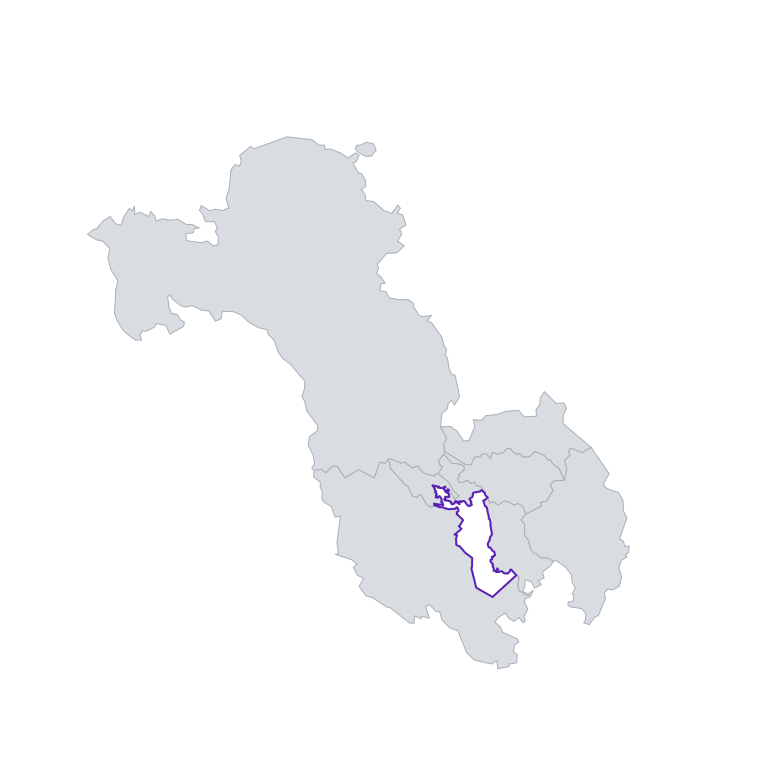 Uzbekistan and the surrounding countries, rotated 225°
{"feature_id": "UZB", "entity_name": "Uzbekistan", "entity_type": "country or territory", "adm_level": 0, "iso_a3": "UZB", "parent_name": "Asia", "parent_adm1": "", "projection": "robinson", "projection_center": [66.075, 41.364], "detail": "fine", "context": "with_neighbors", "style": "outline", "palette": "violet", "viewbox_px": 768, "rotation_deg": 225, "n_neighbors": 8, "source": "natural_earth", "source_scale": "50m", "svg_char_len": 13884}
<svg xmlns="http://www.w3.org/2000/svg" viewBox="0 0 768 768"><g transform="rotate(225 384 384)"><path d="M372.4,273.8L367.8,279.5L362.2,280.3L362.7,289.0L359.3,292.9L345.3,290.0L341.6,305.5L324.6,310.8L331.9,326.0L327.2,328.3L328.1,333.3L323.7,332.0L319.9,328.9L297.6,327.7L295.1,328.7L284.9,325.0L280.9,326.8L280.0,332.0L268.2,329.0L263.6,330.2L262.1,334.0L248.7,341.7L245.7,348.0L243.0,348.0L241.0,343.9L231.9,343.6L230.4,336.5L227.0,336.4L227.5,327.6L219.1,321.2L198.7,323.2L192.1,315.3L174.5,305.1L156.3,310.2L155.1,342.4L151.4,342.8L146.8,336.0L142.1,333.5L133.9,335.3L130.6,338.2L130.3,336.1L132.3,332.5L131.1,329.4L123.1,326.4L120.5,318.6L116.7,316.4L116.7,313.5L123.5,314.4L124.2,308.0L130.2,306.6L136.2,307.9L138.1,299.5L137.2,294.1L130.2,294.5L124.5,292.4L109.6,298.0L106.2,296.7L107.3,292.2L103.4,286.4L98.3,286.7L93.0,280.8L97.6,274.3L95.8,272.5L102.2,263.1L108.6,268.1L110.1,261.9L124.9,252.7L135.4,252.4L157.4,261.7L164.8,258.2L175.5,258.0L183.9,262.4L186.0,259.9L195.4,260.2L197.2,256.2L186.5,250.4L193.1,246.3L191.9,244.0L198.3,241.8L193.7,236.0L196.8,233.1L221.5,230.2L224.7,228.1L241.0,224.9L246.8,221.5L258.5,223.3L260.9,232.0L267.6,230.0L276.2,232.8L275.8,237.5L282.2,237.0L298.2,229.0L295.9,231.7L304.8,238.2L321.4,259.7L324.6,255.2L334.3,260.1L343.7,257.9L347.6,259.5L351.4,264.3L356.3,266.0L359.6,269.6L368.2,268.5L372.4,273.8Z" fill="#d9dde1" stroke="#a8b0b8" stroke-width="1"/><path d="M313.8,393.6L306.9,401.0L298.8,402.3L287.5,400.1L284.0,403.9L289.5,417.7L295.6,422.0L289.4,427.1L289.7,433.5L282.6,442.3L278.1,451.3L270.3,460.6L261.6,459.9L253.3,469.2L258.3,473.1L259.3,479.9L263.6,484.4L265.1,492.0L248.4,492.0L243.3,497.9L237.8,495.7L235.5,489.3L229.6,482.6L192.6,485.6L195.5,475.4L206.5,470.8L205.9,466.7L202.3,465.3L202.1,457.5L195.0,453.6L188.3,443.6L200.9,448.1L208.4,446.8L212.9,447.9L214.4,446.0L219.6,446.8L229.4,443.1L229.6,435.6L233.8,430.6L239.3,430.6L240.1,428.1L245.8,427.0L248.6,427.8L251.5,425.3L251.0,420.0L254.1,414.7L258.8,412.4L255.8,406.6L262.9,406.8L264.8,403.7L264.5,400.3L268.1,396.6L265.3,388.4L269.5,384.6L293.6,379.1L299.1,383.2L301.5,390.0L313.8,393.6Z" fill="#d9dde1" stroke="#a8b0b8" stroke-width="1"/><path d="M230.6,377.1L234.6,377.1L242.4,380.1L247.6,377.2L250.1,378.9L252.4,374.9L256.8,375.1L258.6,370.2L261.6,367.2L265.6,369.2L264.9,371.9L267.1,372.3L266.5,379.7L269.5,382.6L275.2,379.9L279.7,375.9L292.2,376.6L293.6,379.1L269.5,384.6L265.3,388.4L268.1,396.6L264.5,400.3L264.8,403.7L262.9,406.8L255.8,406.6L258.8,412.4L254.1,414.7L251.0,420.0L251.5,425.3L248.6,427.8L245.8,427.0L240.1,428.1L239.3,430.6L233.8,430.6L229.6,435.6L229.4,443.1L219.6,446.8L214.4,446.0L212.9,447.9L208.4,446.8L200.9,448.1L188.3,443.6L195.2,435.6L194.7,429.9L189.1,428.4L186.2,415.8L189.5,410.9L186.3,409.6L191.6,392.2L199.1,395.5L204.6,394.3L206.2,390.3L212.0,389.0L216.1,386.3L217.6,379.3L223.8,377.6L224.9,374.4L230.6,377.1Z" fill="#d9dde1" stroke="#a8b0b8" stroke-width="1"/><path d="M240.1,379.0L244.2,370.1L242.5,363.5L237.2,361.4L239.1,357.5L245.1,357.9L250.7,347.5L260.2,345.4L258.8,349.5L259.9,351.9L262.8,351.7L260.3,354.4L252.4,352.9L251.8,358.0L259.6,357.3L268.6,360.2L282.2,358.8L284.3,367.0L286.6,366.1L291.1,368.1L292.2,376.6L279.7,375.9L275.2,379.9L269.5,382.6L266.5,379.7L267.1,372.3L264.9,371.9L265.6,369.2L261.6,367.2L258.6,370.2L256.8,375.1L252.4,374.9L250.1,378.9L247.6,377.2L242.4,380.1L240.1,379.0Z" fill="#d9dde1" stroke="#a8b0b8" stroke-width="1"/><path d="M262.1,334.0L263.6,330.2L268.2,329.0L280.0,332.0L280.9,326.8L284.9,325.0L295.1,328.7L297.6,327.7L319.9,328.9L323.7,332.0L328.1,333.3L327.3,335.3L316.3,340.0L314.0,343.5L304.8,344.5L302.4,350.1L294.7,348.9L289.9,350.6L283.1,354.8L284.2,356.8L282.2,358.8L268.6,360.2L259.6,357.3L251.8,358.0L252.4,352.9L260.3,354.4L262.8,351.7L268.3,352.6L277.3,346.3L268.7,341.7L263.7,343.8L258.4,340.5L264.2,334.9L262.1,334.0Z" fill="#d9dde1" stroke="#a8b0b8" stroke-width="1"/><path d="M130.6,338.2L133.9,335.3L142.1,333.5L146.8,336.0L151.4,342.8L163.2,342.3L162.2,337.9L168.4,334.9L174.5,329.8L184.0,334.4L184.5,341.4L187.2,343.2L195.0,342.8L197.3,344.4L200.7,353.4L213.6,363.6L230.8,371.7L230.6,377.1L224.9,374.4L223.8,377.6L217.6,379.3L216.1,386.3L212.0,389.0L206.2,390.3L204.6,394.3L199.1,395.5L191.6,392.2L191.1,384.8L185.7,384.4L177.5,376.6L171.7,375.7L163.8,371.2L158.7,370.4L155.4,372.0L150.6,371.8L145.2,376.8L138.7,378.5L137.7,372.3L139.1,363.1L133.6,360.1L135.8,354.1L131.0,353.5L133.1,346.2L139.7,348.3L146.1,345.5L141.2,340.3L139.4,335.3L133.6,337.5L132.5,343.9L130.6,338.2Z" fill="#d9dde1" stroke="#a8b0b8" stroke-width="1"/><path d="M96.0,442.8L92.1,438.1L92.3,433.4L89.9,433.4L91.5,427.0L88.1,420.3L79.2,415.4L74.6,407.0L76.8,400.1L80.7,397.1L80.5,391.9L75.9,389.3L68.6,371.7L70.2,369.0L68.8,358.9L73.9,356.4L74.8,359.7L78.2,363.8L83.0,364.9L85.7,364.7L94.7,358.2L97.4,357.5L99.4,360.1L96.6,364.5L100.8,369.1L102.6,368.6L104.5,375.1L111.3,377.0L116.1,381.4L126.4,382.9L137.9,380.6L138.7,378.5L145.2,376.8L150.6,371.8L155.4,372.0L158.7,370.4L163.8,371.2L171.7,375.7L177.5,376.6L185.7,384.4L191.1,384.8L191.6,392.2L186.3,409.6L189.5,410.9L186.2,415.8L189.1,428.4L194.7,429.9L195.2,435.6L188.3,443.6L195.0,453.6L202.1,457.5L202.3,465.3L205.9,466.7L206.5,470.8L195.5,475.4L192.6,485.6L161.5,479.8L158.5,468.9L154.9,467.4L149.1,469.0L141.3,473.2L132.2,470.3L124.8,463.5L117.6,461.0L107.7,440.8L103.6,442.2L99.0,439.3L96.0,442.8Z" fill="#d9dde1" stroke="#a8b0b8" stroke-width="1"/><path d="M561.3,546.5L554.8,543.7L554.1,536.1L557.7,532.1L565.9,529.6L570.3,529.9L572.2,533.2L569.1,537.1L567.6,542.2L561.3,546.5ZM328.1,333.3L327.2,328.3L331.9,326.0L324.6,310.8L341.6,305.5L345.3,290.0L359.3,292.9L362.7,289.0L362.2,280.3L367.8,279.5L372.4,273.8L375.0,273.0L377.4,279.1L383.7,283.6L393.9,286.9L399.5,293.8L398.1,303.9L401.1,307.7L419.2,310.3L428.4,315.8L432.8,316.8L437.1,324.8L442.0,330.0L464.7,331.8L474.0,330.5L481.2,331.8L492.6,337.2L501.2,337.2L504.8,339.9L512.3,335.2L523.2,332.1L533.8,331.8L541.5,328.7L549.9,321.1L545.2,314.9L547.7,309.2L559.4,311.8L565.3,307.2L575.1,303.8L578.7,298.1L583.0,295.7L592.7,294.5L598.5,295.5L598.4,292.4L590.5,286.4L584.2,283.7L579.8,286.8L572.7,285.5L569.0,286.6L566.4,283.1L570.6,267.9L579.6,271.2L587.7,265.8L586.4,262.0L589.6,253.1L592.4,250.4L590.8,245.7L586.4,243.7L590.5,239.5L598.2,238.0L606.9,237.7L617.7,240.2L624.6,243.4L640.0,260.7L645.5,269.0L658.2,271.8L668.3,277.9L673.7,286.0L684.2,286.1L689.0,282.7L699.4,280.1L698.5,287.9L697.0,291.0L697.9,300.5L696.1,308.9L687.1,307.4L682.1,310.4L686.1,317.9L688.2,328.2L684.6,328.5L686.0,332.9L679.9,327.7L678.5,332.6L668.6,336.4L671.0,341.0L664.7,340.7L660.6,338.0L657.4,344.2L650.8,348.9L646.4,354.5L636.8,357.0L632.4,361.1L625.1,363.6L628.1,359.5L625.9,356.0L630.2,350.1L625.2,345.6L613.1,354.7L609.8,360.4L602.8,360.8L599.9,365.0L604.9,370.9L611.1,372.4L612.1,376.3L618.4,378.9L625.3,372.6L632.5,376.0L637.2,376.3L639.4,380.9L629.5,383.3L627.1,388.1L620.9,392.5L618.3,398.7L627.0,403.6L631.4,412.3L643.5,427.2L644.5,433.7L640.2,436.1L642.8,440.9L647.6,443.6L646.3,457.8L642.2,458.6L627.3,490.3L607.5,505.9L599.0,506.9L594.7,510.9L591.8,508.0L587.8,512.4L577.5,516.8L569.5,518.2L567.5,527.5L563.3,528.0L560.8,521.6L562.4,518.2L552.0,515.4L548.4,516.8L540.6,514.5L536.7,510.9L537.6,505.8L530.5,504.2L526.6,500.9L520.4,505.6L507.0,506.6L499.1,510.0L500.8,520.2L496.7,519.9L495.5,514.2L490.0,516.8L480.8,511.8L482.6,504.5L477.7,502.8L475.4,494.6L467.5,496.1L467.8,485.6L474.5,478.2L473.5,464.1L470.0,462.0L467.1,456.8L462.8,457.5L454.6,456.2L456.9,452.5L452.9,447.0L447.8,450.7L441.4,448.5L433.1,454.1L426.6,460.7L420.6,461.8L417.2,459.4L407.7,457.2L403.7,459.4L399.1,466.0L398.1,459.0L393.6,460.9L376.1,458.0L369.9,454.1L363.9,452.4L361.2,448.1L357.0,446.9L349.2,441.1L343.0,438.4L340.0,440.5L321.8,428.7L319.3,419.0L324.7,420.2L324.8,415.6L321.6,411.1L322.1,403.9L313.8,393.6L301.5,390.0L299.1,383.2L293.6,379.1L292.2,376.6L291.1,368.1L286.6,366.1L284.3,367.0L282.2,358.8L284.2,356.8L283.1,354.8L289.9,350.6L294.7,348.9L302.4,350.1L304.8,344.5L314.0,343.5L316.3,340.0L327.3,335.3L328.1,333.3Z" fill="#d9dde1" stroke="#a8b0b8" stroke-width="1"/><path d="M262.0,334.2L262.6,333.9L263.3,334.2L263.9,334.5L264.0,334.7L264.0,334.9L262.6,335.7L261.8,336.0L261.4,336.1L261.0,337.0L260.5,337.2L259.8,337.4L259.3,337.8L258.6,338.8L256.6,340.1L256.6,340.4L256.8,340.6L257.4,340.7L258.3,341.2L258.7,341.5L260.0,341.1L260.3,341.2L260.6,341.6L261.0,342.8L261.6,343.1L262.3,343.4L262.7,343.5L263.4,343.8L264.2,343.9L264.7,343.8L265.4,344.0L265.5,343.9L265.5,342.1L266.1,342.4L266.4,342.4L266.7,342.2L266.9,341.9L266.9,341.3L266.8,340.7L267.0,340.4L267.4,340.4L267.5,340.6L267.5,341.1L267.9,341.3L268.2,341.5L268.4,341.9L268.7,342.4L268.8,343.4L269.4,343.5L270.1,343.7L270.5,343.5L270.9,343.6L271.0,344.1L271.0,344.5L271.1,344.9L271.3,345.0L271.9,344.7L272.3,344.7L272.8,344.9L273.4,345.3L274.2,346.1L274.5,346.2L275.7,346.3L276.0,346.5L276.4,346.5L276.9,346.3L277.9,346.6L277.8,347.0L275.4,348.1L275.2,348.5L274.7,349.0L274.2,349.2L273.9,349.3L272.7,348.8L272.5,349.1L272.5,349.3L272.8,349.8L272.7,350.1L272.5,350.3L271.7,350.1L271.6,349.9L271.3,349.9L270.8,350.0L270.0,350.9L269.7,351.3L269.6,351.6L269.2,351.7L268.8,351.8L268.3,352.2L267.7,352.5L267.5,352.3L267.4,352.0L267.3,351.9L266.9,352.0L266.5,352.0L266.0,351.7L265.4,351.4L264.9,351.3L263.4,351.5L262.7,351.6L262.4,351.7L262.0,351.8L260.3,352.1L259.9,352.0L259.6,351.5L259.4,351.0L258.9,350.8L258.4,350.7L258.2,350.5L258.2,350.2L258.3,349.9L260.5,348.1L260.7,347.8L260.9,347.5L260.9,347.4L260.1,347.0L260.0,346.9L260.2,346.7L259.6,345.9L258.6,344.9L258.3,344.8L258.1,344.9L257.7,345.8L257.5,346.0L256.4,346.7L253.9,347.9L253.4,348.1L253.1,348.0L252.8,347.9L251.9,347.1L251.3,346.9L250.9,347.1L250.5,347.5L250.6,348.3L250.2,348.7L249.8,348.9L250.5,351.0L249.9,351.3L250.3,352.1L250.0,352.2L249.2,352.0L248.0,351.9L245.9,352.2L245.7,352.4L245.7,352.5L245.8,352.7L246.8,352.7L247.8,352.6L248.1,352.8L248.2,353.0L247.7,353.2L247.0,353.4L246.9,353.6L247.1,354.2L247.4,354.5L247.5,354.7L247.3,354.8L247.2,354.9L246.9,354.6L246.7,354.9L246.7,355.1L246.5,355.3L246.2,355.2L245.8,355.3L245.6,356.1L245.4,357.1L244.9,357.7L244.6,357.9L244.1,358.0L243.4,357.9L243.0,357.8L241.8,357.7L240.6,357.4L239.2,357.2L237.9,357.7L237.6,358.1L237.3,358.4L237.1,358.5L236.5,360.5L236.9,360.9L238.5,361.3L238.7,361.5L238.8,361.7L238.9,362.6L239.0,362.7L239.6,362.8L240.4,362.8L241.0,362.7L241.6,362.8L242.0,363.0L242.2,363.3L242.3,363.6L241.6,365.6L241.7,366.3L241.9,367.3L242.3,368.1L243.1,368.9L243.7,369.4L243.8,369.6L243.9,370.0L243.8,370.4L243.5,371.2L243.0,371.8L242.6,372.1L242.0,372.9L241.4,373.9L240.4,375.2L240.0,376.0L239.9,378.1L239.6,378.8L239.6,378.5L239.2,378.3L238.5,378.3L238.1,378.2L237.8,377.9L237.3,378.0L236.4,378.4L235.5,378.2L234.6,377.3L232.8,377.0L230.6,377.2L230.5,376.2L230.5,375.0L230.6,373.4L231.4,372.1L231.3,371.8L231.2,371.6L231.0,371.4L229.6,371.0L229.2,370.8L228.7,370.4L228.0,370.0L227.5,369.7L226.6,369.3L225.8,369.1L225.3,369.3L224.8,369.5L224.4,369.5L224.0,369.4L222.4,368.4L220.1,366.7L218.3,365.5L217.1,365.0L216.8,364.8L216.2,364.3L214.6,362.8L213.5,363.1L212.0,362.1L210.6,361.2L210.3,361.0L208.8,359.3L205.6,357.1L202.7,355.1L201.8,354.3L201.5,354.0L201.2,353.5L200.7,350.9L200.2,349.7L199.4,349.1L198.8,347.9L198.3,346.0L197.8,344.8L197.5,344.3L196.8,343.7L195.7,343.0L194.6,342.7L194.2,342.7L194.0,342.8L193.8,342.9L193.4,343.4L192.8,343.4L192.3,343.4L191.9,343.2L190.6,343.1L190.1,342.9L189.3,342.9L187.6,343.2L187.2,343.2L185.4,342.0L184.6,341.6L184.4,341.4L184.4,340.9L184.7,340.3L185.0,339.9L184.9,339.5L184.6,339.0L184.6,338.5L184.8,338.2L185.3,338.3L185.5,338.1L185.4,337.8L185.2,337.6L184.8,337.2L183.8,336.7L183.7,336.6L183.7,336.4L183.9,336.2L184.0,335.8L184.0,335.2L184.1,334.9L184.2,334.7L183.7,334.3L183.1,333.8L182.5,333.7L180.3,333.7L179.6,333.5L179.0,333.2L178.5,332.1L178.2,331.9L177.4,331.7L176.6,331.6L176.3,331.4L175.2,330.4L174.3,329.5L173.8,330.4L173.4,330.6L172.6,330.5L171.9,330.3L171.5,330.5L171.1,330.9L171.2,331.1L171.5,331.3L172.1,331.7L172.9,332.8L173.3,333.4L173.4,333.6L173.2,333.8L172.8,333.8L172.6,333.6L172.6,333.3L172.3,332.9L172.0,332.6L171.7,332.4L171.2,332.3L170.5,332.1L170.2,332.1L169.9,332.3L169.6,332.7L169.4,333.4L168.9,334.3L168.6,334.7L167.7,334.9L165.5,335.0L164.8,335.3L164.4,335.6L163.5,336.7L162.9,337.1L162.4,337.6L162.5,339.2L162.7,341.2L163.1,341.7L163.3,341.8L163.3,342.0L162.9,342.4L162.6,342.8L162.2,342.8L161.5,342.7L160.9,342.6L155.2,342.3L155.4,338.3L156.5,314.2L156.6,310.2L167.3,307.2L174.1,305.4L174.9,305.3L175.7,305.7L180.4,308.6L184.2,310.9L185.1,311.4L191.7,315.4L192.1,315.8L192.3,316.7L192.8,317.4L193.5,318.1L194.3,318.9L196.0,320.6L198.5,323.3L199.1,323.3L207.1,322.1L215.8,322.8L218.4,321.5L219.1,321.4L219.8,321.9L221.0,323.3L221.7,324.0L223.2,324.9L225.4,328.7L227.5,327.7L227.4,329.6L227.2,332.2L226.9,333.6L226.9,336.3L230.4,336.4L230.5,337.3L230.6,338.6L231.1,340.8L231.6,342.7L231.9,343.5L232.2,343.7L232.6,343.8L239.2,343.5L239.7,343.7L240.1,343.5L240.6,343.4L241.2,344.3L241.5,344.6L241.9,344.8L241.5,346.3L241.5,346.8L241.9,347.2L242.3,347.5L243.2,348.1L244.1,348.4L244.7,348.5L245.3,348.4L245.5,348.1L245.4,347.6L245.1,347.1L245.1,346.6L245.3,346.2L246.4,344.7L247.2,344.0L248.2,343.3L248.6,342.8L248.7,341.9L249.3,341.4L250.0,341.1L250.8,340.8L251.1,340.4L252.2,339.6L252.9,339.2L253.8,339.0L255.0,338.5L256.0,337.9L256.9,336.8L257.6,336.1L258.2,335.7L258.7,335.6L259.1,336.0L259.4,336.0L259.6,335.9L260.0,335.4L260.3,334.9L260.7,334.7L261.4,334.5L262.0,334.2ZM260.1,345.6L260.1,345.4L259.9,345.1L259.5,344.9L259.4,345.0L259.5,345.3L259.9,345.7L260.1,345.6ZM264.3,354.8L263.9,354.9L263.3,354.8L262.9,354.8L263.1,354.0L263.1,353.9L262.9,353.8L262.6,353.5L262.5,353.1L262.6,352.7L262.8,352.5L263.4,353.1L263.7,353.3L264.4,353.4L264.1,354.0L264.4,354.7L264.3,354.8ZM268.4,354.3L268.2,354.7L267.9,354.6L267.6,354.3L267.7,354.1L268.1,354.0L268.3,353.9L268.5,353.9L268.4,354.3Z" fill="none" stroke="#5b21b6" stroke-width="2"/></g></svg>